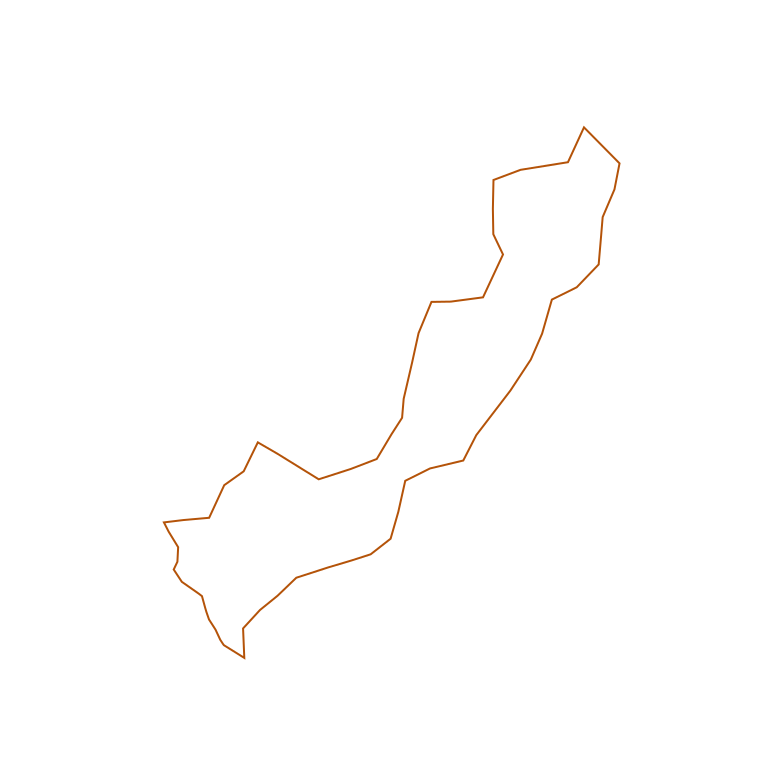 the district of Palaichori Morfou, Nicosia, Cyprus, rotated 16°
{"feature_id": "46923920B86427457080287", "entity_name": "Palaichori Morfou", "entity_type": "district", "adm_level": 2, "iso_a3": "CYP", "parent_name": "Cyprus", "parent_adm1": "Nicosia", "projection": "mercator", "projection_center": [33.084, 34.938], "detail": "fine", "context": "isolated", "style": "outline", "palette": "amber", "viewbox_px": 768, "rotation_deg": 16, "n_neighbors": 0, "source": "geoboundaries", "source_scale": "gbopen_adm2", "svg_char_len": 944}
<svg xmlns="http://www.w3.org/2000/svg" viewBox="0 0 768 768"><g transform="rotate(16 384 384)"><path d="M456.2,140.5L433.0,157.7L440.4,185.7L447.8,209.9L462.7,226.7L455.3,273.4L425.5,286.4L407.0,292.0L403.2,325.6L405.1,355.5L407.0,392.8L410.7,411.5L405.1,430.1L397.7,458.1L375.4,474.9L347.5,493.6L301.1,480.5L278.8,474.9L273.2,506.6L258.3,525.3L252.8,560.8L228.6,570.1L210.6,577.7L217.7,585.3L231.1,597.6L234.4,611.8L233.0,620.3L244.2,629.9L263.7,636.6L267.5,638.1L273.9,648.6L276.2,652.2L280.7,658.6L289.8,666.6L292.4,669.6L297.1,675.0L300.8,678.2L302.1,679.2L325.2,685.8L315.9,657.8L327.1,635.4L340.1,616.8L353.1,594.4L380.9,575.7L401.4,562.6L418.1,551.4L433.0,530.9L433.0,502.9L431.1,471.2L451.5,452.5L481.3,435.7L486.8,407.7L507.3,355.5L518.4,320.0L522.1,292.0L522.1,256.6L542.6,237.9L557.4,209.9L551.9,181.9L548.2,163.3L551.9,133.4L549.6,107.0L505.5,82.2L499.7,120.1L456.2,140.5Z" fill="none" stroke="#b45309" stroke-width="2"/></g></svg>